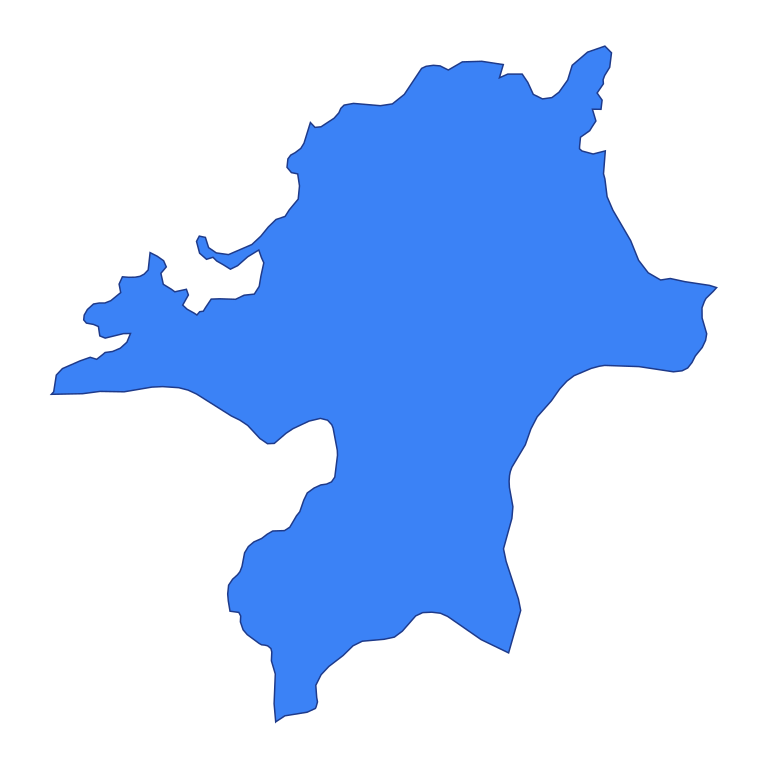 the Prefecture of Fukuoka
{"feature_id": "JPN-1829", "entity_name": "Fukuoka", "entity_type": "Prefecture", "adm_level": 1, "iso_a3": "JPN", "parent_name": "Japan", "parent_adm1": "", "projection": "albers", "projection_center": [130.552, 33.473], "detail": "fine", "context": "isolated", "style": "filled", "palette": "blue", "viewbox_px": 768, "rotation_deg": 0, "n_neighbors": 0, "source": "natural_earth", "source_scale": "10m", "svg_char_len": 3398}
<svg xmlns="http://www.w3.org/2000/svg" viewBox="0 0 768 768"><path d="M51.4,394.3L53.7,391.8L56.3,375.1L62.4,368.6L80.0,360.9L90.2,357.3L96.7,359.3L102.9,354.4L105.1,352.5L112.5,351.5L120.3,348.2L126.9,342.2L130.5,333.5L123.5,333.6L105.2,338.1L99.8,335.9L98.4,326.5L93.4,324.4L86.4,323.1L83.7,319.9L84.2,315.1L87.4,309.5L93.5,304.0L99.3,303.0L104.9,303.0L110.8,300.7L120.7,292.6L119.1,284.1L122.4,276.8L128.7,277.3L135.1,277.2L140.1,276.3L144.2,274.1L148.2,269.9L150.1,252.6L157.2,256.2L163.6,260.7L166.3,266.9L160.9,273.3L163.3,284.3L171.3,289.2L174.8,291.8L186.4,289.3L188.4,295.0L182.7,305.1L187.1,309.2L194.1,313.1L196.9,315.0L199.7,311.7L203.3,311.2L205.5,307.6L211.2,299.1L219.7,298.8L235.6,299.3L244.1,295.2L254.3,294.1L259.2,286.4L260.9,276.2L263.8,262.8L261.4,257.5L258.8,250.0L247.7,256.8L237.6,265.7L230.4,269.2L223.2,264.7L216.7,261.0L213.0,257.3L206.5,259.3L199.6,253.2L196.5,241.4L199.3,236.1L205.4,237.4L208.6,247.6L216.3,252.9L228.5,254.6L251.9,244.5L260.8,236.2L268.3,227.0L276.0,219.5L285.1,216.4L289.3,209.8L298.2,199.1L299.5,185.9L297.7,173.9L291.4,172.6L287.0,167.3L287.9,158.9L290.7,155.1L295.1,152.7L300.8,148.4L304.0,143.2L310.4,122.5L315.0,127.4L321.0,126.8L334.1,118.2L338.9,112.8L340.8,108.4L344.1,105.1L353.5,103.4L380.4,105.7L392.4,103.9L404.3,94.4L421.6,68.4L426.1,66.3L433.4,65.3L440.1,65.9L448.3,70.0L462.3,61.9L481.8,61.3L503.3,64.6L499.4,77.8L507.7,74.1L522.2,74.1L527.8,82.4L533.3,94.4L542.5,98.9L551.9,97.6L559.0,92.2L567.7,80.0L572.2,65.3L587.6,52.1L604.9,46.1L611.5,52.8L609.7,67.3L604.6,75.6L603.1,79.8L603.4,83.8L597.1,93.0L602.1,100.1L601.0,109.3L592.4,109.2L594.4,115.9L595.9,121.0L592.3,126.5L589.7,130.7L580.5,137.2L579.6,146.2L579.5,148.8L582.0,151.0L593.1,154.0L605.3,150.9L603.5,173.8L604.9,178.9L607.1,196.7L612.9,210.2L630.7,240.7L638.6,260.3L648.2,272.8L660.6,280.0L670.3,278.5L685.1,281.7L709.6,285.4L716.6,287.6L713.3,291.3L706.0,298.4L704.4,301.4L702.0,307.8L702.1,318.0L706.7,333.8L705.6,340.3L702.2,347.5L695.3,356.0L692.0,362.5L687.7,368.0L682.1,370.8L673.4,371.8L639.0,366.6L604.7,365.4L599.4,366.2L591.2,368.4L574.0,375.7L566.9,381.1L559.8,388.8L551.4,400.8L537.2,416.8L530.9,428.9L525.3,444.8L511.9,467.2L510.3,471.6L509.5,475.6L509.1,481.3L509.4,487.4L512.9,506.7L511.9,518.4L503.5,548.8L506.1,561.3L518.4,598.9L520.7,610.4L508.6,652.9L481.1,639.6L447.6,616.4L440.3,613.2L431.7,612.2L422.7,612.6L415.7,615.9L402.4,631.1L394.4,637.1L384.0,639.3L362.3,641.2L353.0,645.8L343.1,655.5L328.9,666.4L321.1,674.7L315.8,685.3L316.7,697.5L317.5,701.9L316.1,706.9L315.4,708.4L307.2,712.2L284.9,715.8L275.8,721.8L275.7,721.9L274.1,703.7L275.3,674.0L271.4,660.8L271.8,652.0L270.9,648.5L267.6,645.8L264.6,645.1L261.6,644.8L259.1,643.4L247.2,634.6L243.1,629.8L240.4,621.9L240.7,616.0L238.8,612.4L230.0,611.2L228.3,601.0L227.7,594.0L228.6,585.2L232.6,579.2L237.5,574.8L240.0,571.6L242.0,566.4L244.6,552.8L248.4,546.5L253.9,541.9L261.6,538.5L267.2,534.2L272.7,531.0L284.5,530.6L289.8,527.2L296.5,515.8L299.8,511.7L303.8,500.1L307.3,492.9L314.1,488.0L320.9,484.9L326.5,484.1L331.5,481.9L334.8,477.1L337.5,455.3L337.3,450.3L333.1,428.1L331.8,424.8L327.6,420.2L320.4,418.4L309.0,421.1L292.9,428.7L286.0,433.3L274.3,443.4L267.5,443.7L259.9,438.5L247.7,425.4L239.8,420.1L231.2,415.9L196.5,394.0L188.1,390.1L178.8,387.7L162.7,386.6L151.9,387.1L124.2,391.8L100.0,391.4L82.6,393.7L51.5,394.3L51.4,394.3Z" fill="#3b82f6" stroke="#1e3a8a" stroke-width="1.5"/></svg>